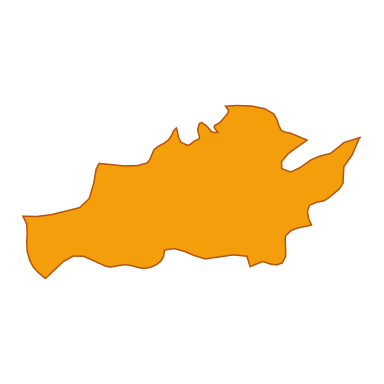 map outline of Capiz (orthographic projection)
{"feature_id": "PHL-2528", "entity_name": "Capiz", "entity_type": "Province", "adm_level": 1, "iso_a3": "PHL", "parent_name": "Philippines", "parent_adm1": "", "projection": "orthographic", "projection_center": [122.669, 11.385], "detail": "fine", "context": "isolated", "style": "filled", "palette": "amber", "viewbox_px": 384, "rotation_deg": 0, "n_neighbors": 0, "source": "natural_earth", "source_scale": "10m", "svg_char_len": 1529}
<svg xmlns="http://www.w3.org/2000/svg" viewBox="0 0 384 384"><path d="M176.3,128.0L177.2,130.2L178.2,136.5L180.7,142.1L187.5,145.3L189.7,144.7L194.5,141.0L199.4,138.7L199.3,135.6L198.1,132.1L197.6,129.8L199.3,123.6L201.6,122.5L206.5,125.8L211.1,131.2L213.6,132.5L217.9,132.4L214.1,127.6L214.7,125.4L217.5,124.0L220.4,122.0L227.7,113.6L228.7,110.2L227.5,109.0L226.7,107.7L225.5,106.2L236.9,105.5L251.2,106.0L264.7,108.7L273.8,114.0L277.0,119.7L278.9,125.7L281.2,130.4L285.5,132.3L290.6,133.2L307.1,140.1L288.5,153.4L281.6,161.6L281.7,168.6L290.9,172.1L300.9,167.1L311.2,159.7L320.9,155.8L330.7,153.3L344.1,142.5L361.0,137.2L359.5,137.7L352.3,154.6L343.8,166.9L343.0,183.0L339.6,188.7L329.3,197.4L324.1,200.7L316.7,202.3L309.6,205.2L307.4,211.3L308.6,218.7L311.5,225.1L297.4,228.1L291.0,230.6L285.7,235.7L285.2,239.0L285.7,251.3L285.5,256.8L282.3,262.9L276.7,264.9L270.0,264.0L263.5,261.7L261.2,262.1L250.1,266.7L246.9,256.2L233.2,254.9L205.0,258.9L194.5,255.6L184.2,251.3L174.2,248.6L164.5,250.0L163.6,256.4L160.8,261.2L156.2,264.8L150.0,267.5L143.8,268.4L138.3,267.5L132.5,265.9L125.8,264.7L120.8,265.2L110.7,267.1L105.8,266.2L83.5,256.2L73.3,256.1L63.2,261.6L45.4,278.5L38.3,272.6L33.3,267.0L29.8,260.5L27.3,252.0L26.7,242.9L27.2,233.0L26.6,223.7L23.0,216.2L37.1,216.5L51.6,214.6L79.7,207.6L89.2,198.6L93.7,183.4L96.1,169.3L99.1,163.4L123.8,165.9L137.7,165.6L147.3,162.9L149.9,159.4L153.8,150.0L157.8,146.5L163.4,143.7L167.8,140.5L171.1,136.4L173.6,130.8L176.3,128.0Z" fill="#f59e0b" stroke="#b45309" stroke-width="1.5"/></svg>